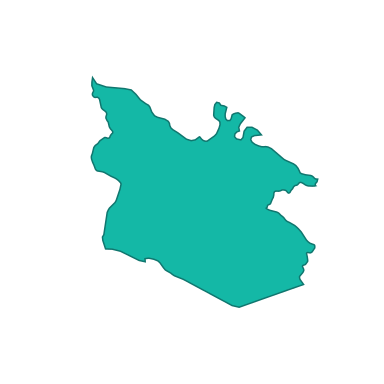 an SVG outline of Kara, rotated 119°
{"feature_id": "TGO-88", "entity_name": "Kara", "entity_type": "Region", "adm_level": 1, "iso_a3": "TGO", "parent_name": "Togo", "parent_adm1": "", "projection": "equal_earth", "projection_center": [0.654, 9.526], "detail": "fine", "context": "isolated", "style": "filled", "palette": "teal", "viewbox_px": 384, "rotation_deg": 119, "n_neighbors": 0, "source": "natural_earth", "source_scale": "10m", "svg_char_len": 3827}
<svg xmlns="http://www.w3.org/2000/svg" viewBox="0 0 384 384"><g transform="rotate(119 192 192)"><path d="M124.8,88.1L126.5,87.5L126.6,86.9L127.5,87.9L128.6,89.8L130.3,93.2L130.6,94.3L130.8,95.5L130.8,96.6L130.6,99.0L130.6,100.2L130.8,101.3L131.2,102.1L131.9,102.6L134.5,103.2L135.3,103.7L136.4,105.0L137.3,105.4L138.5,105.7L140.3,105.6L142.8,106.2L144.2,106.1L145.1,106.2L145.8,106.6L146.2,107.2L146.1,108.0L145.4,109.7L145.2,110.7L145.4,111.7L145.7,112.6L146.1,113.5L146.6,114.2L148.0,115.2L148.6,115.8L149.2,116.5L150.5,119.0L151.1,119.6L151.9,120.0L153.2,119.9L155.0,119.0L157.3,118.3L159.3,118.3L164.1,117.7L165.0,118.0L166.3,119.1L167.2,119.4L168.8,118.9L170.2,119.3L170.3,119.1L170.5,117.7L170.3,115.2L168.5,108.3L168.4,107.3L168.4,106.0L168.7,104.8L169.2,103.4L169.6,100.7L170.0,99.2L170.8,97.5L171.3,96.2L171.5,95.1L171.6,94.2L171.4,92.2L171.5,86.0L172.0,83.4L172.6,81.1L174.0,77.1L178.5,68.7L179.2,66.6L179.6,64.1L179.2,61.3L179.0,60.2L179.0,59.2L179.7,58.4L181.4,57.5L186.1,57.9L187.0,58.3L187.8,58.9L188.2,59.7L188.5,60.7L188.9,61.6L189.5,62.1L190.3,62.0L192.8,59.8L195.6,57.7L196.7,57.2L200.1,57.6L200.9,58.0L202.1,59.2L202.8,59.5L203.6,59.3L205.4,56.9L206.4,56.2L207.9,56.0L209.1,56.1L213.2,56.9L214.1,56.9L215.3,56.0L216.1,55.2L218.8,49.6L231.8,61.2L253.7,80.6L269.9,94.9L271.9,101.9L271.9,103.5L272.1,118.7L272.4,141.2L272.6,157.2L273.8,166.8L273.6,169.3L273.2,171.4L273.2,175.5L273.1,177.6L272.1,180.2L269.4,185.8L268.8,188.5L269.3,192.7L270.8,197.7L273.1,200.8L275.7,199.1L277.5,205.0L278.5,225.9L280.7,234.1L283.7,240.0L277.6,246.5L274.8,248.5L272.1,248.4L250.9,256.3L248.0,256.5L246.1,256.4L238.5,254.2L236.1,254.2L224.6,256.3L219.4,257.9L219.1,258.3L218.6,258.9L218.3,259.7L217.6,261.9L217.2,264.4L217.2,266.7L217.5,270.6L217.4,278.2L217.8,280.3L219.5,285.1L219.4,286.2L218.8,287.6L216.2,290.6L214.1,293.4L211.9,295.8L210.6,296.8L209.4,297.4L206.6,297.8L200.9,299.4L200.0,299.4L199.0,299.3L198.0,299.1L195.5,297.9L194.6,297.7L192.6,297.5L191.6,297.3L186.8,294.9L186.3,294.1L186.0,293.0L185.9,291.8L185.3,291.0L184.4,290.4L182.5,290.7L181.1,290.6L180.0,290.4L178.9,290.0L178.1,290.3L177.5,290.8L177.1,291.7L176.7,292.7L176.4,293.7L175.8,294.8L175.1,295.9L171.8,298.9L171.3,299.5L171.0,300.2L171.0,300.3L170.7,300.9L169.1,303.1L168.0,303.7L165.3,304.3L164.4,305.0L163.8,305.8L163.3,307.9L163.2,309.1L163.0,310.3L162.6,311.4L162.2,312.2L156.1,317.5L155.2,318.7L155.0,319.7L155.0,320.8L155.5,321.5L156.0,322.1L156.4,323.0L156.4,324.2L155.7,325.8L154.9,326.5L153.9,326.9L151.5,327.0L150.7,327.4L147.6,331.1L144.4,332.8L140.2,334.4L143.6,327.9L141.7,317.8L134.3,301.1L132.2,294.6L133.8,288.3L136.4,281.9L137.2,275.3L137.2,272.1L138.1,270.1L141.6,265.9L143.5,261.7L143.4,258.4L141.5,251.1L141.7,247.0L142.9,245.0L144.6,243.7L146.2,241.5L146.8,238.9L147.1,232.9L148.5,222.5L147.5,217.6L144.8,214.4L140.2,212.3L140.1,212.1L140.1,211.9L140.1,211.7L141.1,209.4L141.5,207.3L141.2,205.2L140.2,203.4L132.1,199.5L129.2,198.8L123.1,199.3L119.6,200.1L117.3,201.5L116.5,203.1L116.1,207.3L115.5,209.0L114.3,210.3L107.3,213.6L104.4,214.4L101.6,213.9L100.9,211.2L102.2,208.8L101.1,205.5L101.1,202.6L107.5,200.9L109.9,199.6L111.8,197.8L112.4,195.7L111.1,193.5L108.9,193.3L105.0,194.3L103.4,193.4L101.9,192.0L100.8,190.6L100.4,190.1L100.3,188.7L101.1,182.9L101.4,181.6L109.1,182.8L112.8,182.5L115.6,180.1L117.7,181.9L120.5,182.6L123.0,181.6L124.0,178.8L122.7,174.5L119.7,173.8L113.5,175.9L108.7,175.2L106.3,170.9L106.2,164.8L108.4,159.0L112.4,164.7L115.0,166.6L117.7,166.1L119.3,163.6L119.8,160.0L119.4,156.2L118.7,153.2L117.7,151.2L116.6,149.6L115.8,147.3L115.6,143.5L118.9,127.5L118.9,125.2L118.2,116.9L118.5,114.0L119.8,110.9L121.7,108.1L122.8,106.8L122.9,105.1L121.9,101.0L120.0,96.2L119.8,94.8L120.1,92.9L120.6,91.6L120.7,90.3L119.8,88.3L122.5,87.6L124.8,88.1Z" fill="#14b8a6" stroke="#0f766e" stroke-width="1.5"/></g></svg>